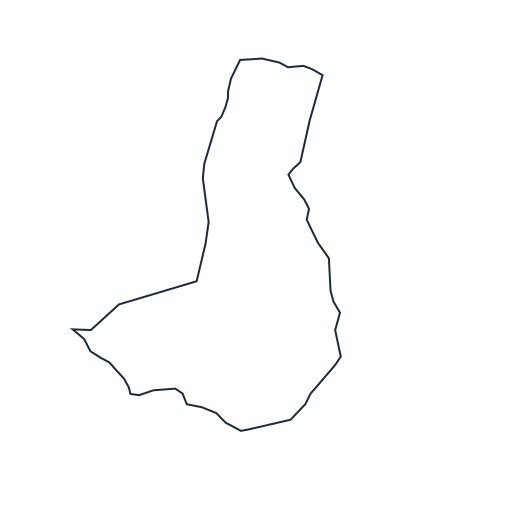 outline of Ipueira, Rio Grande do Norte, Brazil, rotated 306°
{"feature_id": "56859067B7349089003652", "entity_name": "Ipueira", "entity_type": "district", "adm_level": 2, "iso_a3": "BRA", "parent_name": "Brazil", "parent_adm1": "Rio Grande do Norte", "projection": "equal_earth", "projection_center": [-37.182, -6.775], "detail": "fine", "context": "isolated", "style": "outline", "palette": "slate", "viewbox_px": 512, "rotation_deg": 306, "n_neighbors": 0, "source": "geoboundaries", "source_scale": "gbopen_adm2", "svg_char_len": 885}
<svg xmlns="http://www.w3.org/2000/svg" viewBox="0 0 512 512"><g transform="rotate(306 256 256)"><path d="M441.4,203.6L440.1,191.4L437.7,182.6L427.5,170.9L426.3,161.4L419.3,144.8L411.1,135.0L405.3,127.9L384.8,131.5L373.0,136.5L367.2,140.5L358.4,143.8L348.4,146.1L342.0,145.3L300.4,159.9L287.6,167.3L255.7,197.7L236.4,207.9L200.7,222.8L136.3,173.6L99.0,165.9L88.9,150.8L87.8,165.9L81.6,178.0L82.4,190.3L83.7,200.0L81.4,210.2L79.2,221.3L74.9,230.4L70.6,235.6L74.9,243.4L87.1,252.0L101.2,268.6L101.6,277.3L95.4,287.2L101.8,301.0L105.6,316.3L103.3,329.4L105.7,346.6L111.5,352.1L143.9,380.2L165.3,383.0L176.9,381.0L182.9,381.6L214.4,384.1L224.4,383.7L242.6,363.6L259.5,357.3L264.5,345.8L271.6,336.8L297.0,316.3L303.1,298.2L315.1,275.8L325.4,271.1L330.0,262.0L333.8,247.4L340.9,234.4L348.7,234.8L358.1,236.7L397.1,219.8L441.4,203.6Z" fill="none" stroke="#1e293b" stroke-width="2"/></g></svg>